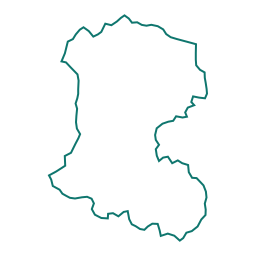 Tio Hugo, Rio Grande do Sul, Brazil
{"feature_id": "56859067B27913775705239", "entity_name": "Tio Hugo", "entity_type": "district", "adm_level": 2, "iso_a3": "BRA", "parent_name": "Brazil", "parent_adm1": "Rio Grande do Sul", "projection": "albers", "projection_center": [-52.596, -28.583], "detail": "fine", "context": "isolated", "style": "outline", "palette": "teal", "viewbox_px": 256, "rotation_deg": 0, "n_neighbors": 0, "source": "geoboundaries", "source_scale": "gbopen_adm2", "svg_char_len": 1619}
<svg xmlns="http://www.w3.org/2000/svg" viewBox="0 0 256 256"><path d="M105.3,23.7L101.3,31.9L97.9,34.4L93.3,36.6L88.8,31.1L83.5,27.3L79.8,29.7L75.8,34.4L72.9,39.1L67.8,41.6L64.9,53.3L61.5,61.4L66.0,62.4L70.4,67.1L77.5,74.4L78.6,80.7L78.2,89.2L78.2,93.9L77.3,98.3L75.6,103.5L77.1,108.7L76.4,115.8L76.0,122.2L76.9,128.6L80.1,134.1L78.4,138.2L75.4,143.9L71.0,152.8L64.8,156.0L65.2,165.7L56.2,171.5L49.0,175.4L51.2,179.6L52.8,186.0L59.6,189.7L62.4,193.7L66.3,195.9L69.9,197.8L75.0,198.5L81.9,197.3L87.1,196.8L91.6,198.7L93.9,203.4L91.8,209.1L94.9,214.7L101.3,218.0L107.8,218.4L108.1,213.8L113.0,213.2L118.4,216.3L123.7,211.9L127.7,211.1L129.2,219.2L131.8,224.3L135.7,226.2L140.0,229.0L144.4,229.8L147.8,226.5L152.3,223.7L157.7,223.9L159.7,230.6L160.8,235.9L167.8,233.6L174.3,235.7L179.8,240.6L183.2,238.1L186.4,232.7L191.8,231.1L197.6,226.5L201.3,219.5L205.5,215.0L205.7,209.6L204.8,203.6L206.5,197.5L205.9,191.6L203.5,185.4L196.6,178.1L192.1,177.8L188.8,172.2L188.1,165.0L182.2,163.2L177.8,160.4L172.2,163.2L167.9,156.7L163.1,157.6L159.0,161.0L156.8,155.7L155.8,149.2L159.0,144.8L155.8,139.9L155.1,135.0L156.7,128.3L162.5,123.7L168.3,121.7L173.2,120.8L176.1,116.3L182.6,117.5L186.9,116.7L185.2,112.4L187.8,107.6L194.2,105.2L191.3,102.0L193.1,96.4L199.0,97.6L205.0,98.3L207.0,93.6L206.6,88.9L205.7,82.9L204.8,77.9L204.6,72.4L200.0,69.8L196.2,65.3L195.8,59.7L195.8,52.9L196.0,44.2L189.4,42.4L176.7,39.0L170.7,37.2L166.2,34.1L163.2,29.4L157.8,26.2L151.3,24.8L146.5,25.7L141.8,24.9L137.2,22.3L132.0,22.7L128.8,18.5L124.5,15.4L120.9,17.9L116.9,21.5L111.4,25.2L105.3,23.7Z" fill="none" stroke="#0f766e" stroke-width="2"/></svg>